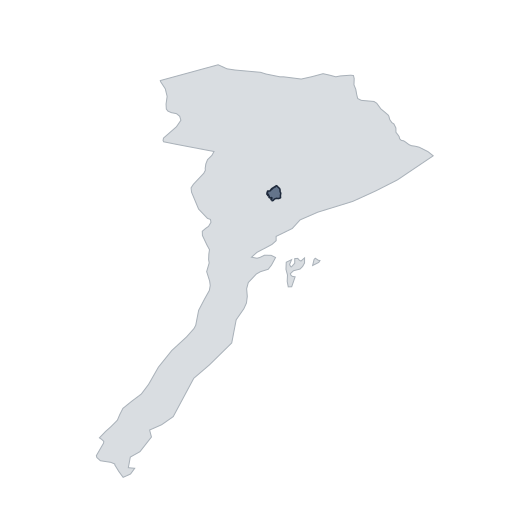 location of Adi Tekeliezan, Anseba, Eritrea, rotated 80°
{"feature_id": "51966322B26692993849308", "entity_name": "Adi Tekeliezan", "entity_type": "district", "adm_level": 2, "iso_a3": "ERI", "parent_name": "Eritrea", "parent_adm1": "Anseba", "projection": "natural_earth1", "projection_center": [38.763, 15.608], "detail": "fine", "context": "in_parent", "style": "filled", "palette": "slate", "viewbox_px": 512, "rotation_deg": 80, "n_neighbors": 0, "source": "geoboundaries", "source_scale": "gbopen_adm2", "svg_char_len": 5098}
<svg xmlns="http://www.w3.org/2000/svg" viewBox="0 0 512 512"><g transform="rotate(80 256 256)"><path d="M66.6,319.8L64.8,300.2L63.6,287.1L62.3,273.2L61.1,260.1L66.6,252.1L69.2,244.4L75.9,219.6L78.5,214.6L83.7,201.3L84.4,197.5L89.6,180.7L89.1,169.6L88.1,158.3L90.9,151.6L93.4,146.3L93.3,141.8L94.4,131.3L95.2,128.7L98.3,128.5L104.5,129.8L109.1,128.8L114.5,128.8L118.6,128.5L121.0,125.3L124.3,113.0L126.5,110.6L128.1,109.8L132.8,107.5L136.9,104.0L140.1,101.4L141.3,100.9L144.8,100.6L148.2,99.1L149.8,97.3L154.2,96.0L158.5,96.7L161.3,95.2L163.3,94.3L165.4,94.2L167.4,92.8L168.2,90.6L169.5,89.2L172.9,86.0L174.4,83.7L175.1,81.4L175.8,79.5L177.2,76.4L183.0,68.6L188.1,64.1L205.6,103.5L212.7,126.8L219.0,151.2L223.6,187.7L228.1,206.3L235.2,215.5L240.2,232.8L244.4,233.5L247.4,238.3L252.6,254.5L256.4,260.6L258.4,255.4L258.1,252.4L256.7,247.4L258.0,240.9L260.9,237.0L267.6,242.3L271.2,246.3L272.2,254.3L273.8,258.8L280.8,268.2L286.6,270.9L294.3,271.6L300.7,273.6L305.8,277.1L315.4,286.6L337.4,295.0L355.1,320.7L365.6,338.5L399.8,365.4L405.8,378.3L408.9,391.0L416.1,390.4L428.5,404.2L432.2,414.7L442.3,418.5L444.0,412.3L448.9,417.4L450.9,425.3L444.4,428.5L437.3,431.3L436.3,431.2L434.0,434.8L430.6,444.8L426.9,447.7L424.9,447.9L413.8,438.6L412.1,438.1L409.7,439.9L407.9,441.8L402.7,434.7L398.9,428.5L393.6,421.0L388.5,417.7L382.9,413.5L377.5,403.7L372.0,392.9L363.8,384.1L348.5,371.4L334.4,355.3L323.6,338.4L316.7,329.7L313.8,327.4L299.5,321.9L289.5,314.2L281.8,307.9L277.1,306.2L272.6,306.0L262.8,307.3L254.7,303.3L251.4,303.3L245.9,302.1L241.7,300.7L236.7,302.4L226.5,305.2L222.3,304.6L220.0,300.7L218.6,297.6L215.0,294.5L212.1,294.5L210.5,297.3L199.8,304.4L181.9,308.4L177.6,308.1L174.5,305.2L165.4,293.0L162.8,291.0L160.8,290.8L156.6,289.4L152.7,287.0L149.3,282.0L145.8,279.2L142.1,289.0L135.6,306.1L132.1,315.3L127.5,327.1L126.1,327.5L123.8,326.6L114.9,311.9L109.3,306.4L105.1,306.9L102.0,309.6L100.1,314.5L98.0,317.6L95.7,318.8L90.8,318.2L83.4,315.8L75.6,316.3L67.7,319.7L66.6,319.8ZM277.0,221.6L279.4,225.3L281.1,224.9L282.4,223.7L283.3,221.1L292.5,226.2L292.0,229.6L286.5,229.7L280.2,228.3L274.3,228.8L267.4,227.3L265.8,221.6L270.2,224.4L272.5,223.7L272.9,223.0L269.8,219.1L265.3,218.3L265.6,215.3L267.6,214.1L268.8,212.6L266.3,208.5L271.3,209.4L274.4,211.9L276.5,214.9L277.0,221.6ZM273.2,195.3L275.2,201.9L269.5,199.4L268.5,198.0L271.0,195.4L271.6,193.8L273.2,195.3Z" fill="#d9dde1" stroke="#a8b0b8" stroke-width="1"/><path d="M202.8,221.7L202.5,221.7L202.3,221.7L202.1,221.7L201.8,221.6L201.7,221.6L201.4,221.5L201.1,221.5L200.8,221.4L200.7,221.4L200.4,221.4L200.1,221.3L199.9,221.2L199.7,221.1L199.4,221.0L199.2,220.9L198.9,220.8L198.6,220.8L198.4,220.7L198.3,220.8L198.2,220.8L197.7,220.9L197.4,220.9L197.2,221.0L196.8,221.1L196.7,221.1L196.3,221.1L196.1,221.1L195.8,221.0L195.7,221.0L195.6,220.9L195.3,220.9L195.2,220.8L194.7,220.9L194.4,220.9L194.2,220.9L193.8,221.0L193.6,221.1L193.3,221.3L193.2,221.4L193.0,221.5L192.7,221.8L192.4,222.0L191.9,222.4L191.4,222.7L191.2,222.8L190.7,223.2L190.5,223.3L190.4,223.5L190.3,223.8L190.5,223.9L190.6,224.0L190.7,224.4L190.8,224.5L190.7,224.8L190.8,225.0L191.0,225.2L191.2,225.3L191.3,225.3L191.3,225.5L191.3,225.9L191.2,226.0L191.3,226.2L191.6,226.4L191.7,226.5L191.6,226.8L191.6,227.0L191.7,227.3L191.8,227.5L192.0,227.6L192.3,227.7L192.3,227.8L192.3,228.0L192.2,228.2L192.2,228.3L192.2,228.5L192.3,228.6L192.4,228.8L192.5,229.0L192.8,228.9L192.8,228.7L192.9,228.8L193.0,228.8L193.0,229.0L193.1,229.4L193.1,229.6L193.2,229.8L193.4,229.8L193.5,229.8L193.6,230.0L193.9,230.2L193.9,230.3L194.0,230.3L194.1,230.5L194.3,230.8L194.3,231.0L194.3,231.3L194.3,231.6L194.3,231.8L194.2,232.0L194.3,232.3L194.3,232.5L194.2,232.5L194.1,232.8L194.0,233.0L194.2,233.4L194.3,233.5L194.5,233.6L194.8,233.5L195.0,233.5L195.3,233.6L195.6,233.6L195.6,233.9L195.6,234.0L195.8,234.1L196.0,234.1L196.0,234.3L196.3,234.3L196.3,234.2L196.5,234.3L196.7,234.5L196.8,234.5L197.0,234.5L197.2,234.4L197.3,234.4L197.4,234.2L197.4,233.9L197.5,233.9L197.6,233.7L197.7,233.8L197.8,233.8L197.7,233.7L197.8,233.5L198.0,233.6L198.0,233.4L197.9,233.2L198.0,233.2L198.2,233.4L198.3,233.4L198.4,233.2L198.5,233.0L198.8,233.1L199.0,233.1L199.2,232.9L199.3,232.9L199.5,232.7L199.6,232.8L199.8,232.8L199.9,232.7L200.0,232.7L200.1,232.8L200.4,233.0L200.5,233.0L200.6,232.9L200.8,232.8L200.9,232.7L201.0,232.6L201.1,232.4L201.2,232.1L201.2,231.9L201.2,231.7L201.3,231.6L201.2,231.5L201.2,231.4L201.2,231.2L201.1,230.8L201.3,230.6L201.4,230.4L201.5,230.3L201.6,230.2L201.9,230.3L202.0,230.6L202.2,230.9L202.4,231.2L202.6,231.3L202.8,231.4L203.1,231.4L203.3,231.2L203.5,230.9L203.7,230.7L203.8,230.5L204.0,230.4L204.4,230.4L204.4,230.2L204.2,230.0L204.2,229.9L204.3,229.7L204.3,229.4L204.2,229.2L203.9,228.9L203.7,228.7L203.3,228.1L203.1,227.9L203.1,227.7L203.0,227.4L202.9,226.7L202.8,226.2L202.7,226.0L202.7,225.9L202.8,225.8L203.0,225.7L203.1,225.4L203.1,225.2L203.0,224.9L203.1,224.7L203.3,224.1L203.4,223.8L203.4,223.6L203.2,223.3L203.1,223.2L203.1,222.9L203.2,222.7L203.1,222.4L203.1,222.2L202.9,221.9L202.8,221.7L202.8,221.7Z" fill="#64748b" stroke="#1e293b" stroke-width="1.5"/></g></svg>